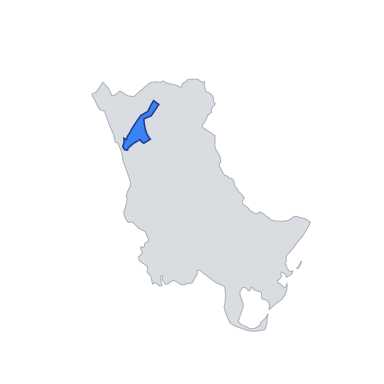 Sayat, Chardzhou, Turkmenistan (highlighted), rotated 214°
{"feature_id": "10190150B84447090793547", "entity_name": "Sayat", "entity_type": "district", "adm_level": 2, "iso_a3": "TKM", "parent_name": "Turkmenistan", "parent_adm1": "Chardzhou", "projection": "equal_earth", "projection_center": [63.688, 37.927], "detail": "fine", "context": "in_parent", "style": "filled", "palette": "blue", "viewbox_px": 384, "rotation_deg": 214, "n_neighbors": 0, "source": "geoboundaries", "source_scale": "gbopen_adm2", "svg_char_len": 4464}
<svg xmlns="http://www.w3.org/2000/svg" viewBox="0 0 384 384"><g transform="rotate(214 192 192)"><path d="M121.6,130.2L137.0,131.1L141.7,131.7L143.7,129.5L143.6,129.0L142.9,128.5L141.8,127.0L141.1,116.7L142.5,115.2L144.1,114.2L146.5,110.9L147.7,110.0L149.5,109.1L155.3,108.9L157.8,108.3L160.0,104.6L160.5,102.5L162.2,100.8L163.1,100.8L167.0,102.3L167.9,103.0L169.1,105.7L170.6,105.5L170.9,105.1L170.7,104.5L169.6,102.8L167.2,99.8L164.8,97.9L164.6,97.3L166.8,95.8L170.9,96.4L172.0,95.9L173.2,93.5L178.6,98.9L179.6,99.5L184.0,100.2L184.7,100.9L186.1,104.1L187.6,104.9L189.5,105.5L197.3,105.6L199.7,107.7L200.1,108.3L199.6,109.8L199.4,112.6L198.8,113.7L199.1,114.2L201.9,115.4L203.5,117.3L203.7,118.1L203.2,118.6L201.9,118.3L201.2,119.2L201.2,120.6L202.1,122.1L202.4,123.3L201.0,126.3L200.9,127.6L201.3,128.3L208.4,132.8L209.5,132.9L216.4,132.1L217.6,132.6L223.6,133.6L225.3,133.5L226.5,132.0L227.6,131.5L228.6,131.4L231.4,132.3L234.4,134.3L236.4,136.1L237.4,137.7L240.1,146.5L241.9,150.2L244.0,152.0L245.5,155.5L246.7,163.1L247.5,164.7L250.8,167.7L267.5,180.1L272.6,185.7L280.4,191.0L283.3,190.4L289.5,196.1L293.4,198.3L298.5,201.8L309.2,209.6L311.4,209.9L314.0,208.8L316.2,209.5L320.3,211.5L324.6,214.5L328.2,215.6L329.3,216.9L329.4,217.6L327.4,221.4L327.1,226.3L327.4,232.9L326.4,233.0L319.2,231.2L312.3,227.1L310.7,228.4L309.9,229.8L308.2,235.5L299.0,235.8L293.6,238.6L288.6,257.2L287.6,259.4L284.5,262.5L279.2,265.5L278.4,266.7L278.2,267.8L277.5,268.1L274.6,268.1L263.4,272.2L260.9,272.2L259.9,272.5L259.5,273.3L260.7,277.0L259.7,278.1L259.0,279.9L258.4,283.2L251.0,288.3L249.4,288.8L246.5,288.4L244.9,288.9L243.3,290.5L242.6,290.0L242.2,288.4L241.4,287.3L236.9,283.2L231.6,283.9L229.6,283.5L228.0,282.9L225.6,280.5L224.1,278.3L222.4,278.6L222.0,277.5L221.9,276.3L222.4,274.8L222.3,272.0L221.4,270.0L220.3,269.1L221.6,265.8L221.6,263.4L220.9,260.8L220.6,257.0L220.8,253.3L219.9,251.5L204.3,251.6L198.9,243.0L196.7,241.0L189.0,237.4L186.9,235.4L185.2,233.3L184.8,230.4L184.0,228.6L182.8,228.4L176.9,225.0L174.5,224.1L171.2,225.0L169.2,224.0L166.9,225.3L165.9,225.4L163.5,224.6L160.5,221.5L158.0,220.3L152.7,218.3L149.0,217.7L145.7,216.5L145.3,216.1L145.3,213.5L144.9,212.4L144.0,211.2L142.7,210.2L137.0,210.3L134.4,209.3L132.4,209.1L127.8,209.3L126.3,210.0L125.5,210.9L124.9,213.4L124.3,213.7L120.0,213.8L110.6,213.2L106.7,214.5L100.5,218.4L96.9,221.6L95.8,223.1L93.5,228.9L92.6,229.7L91.4,230.4L90.2,230.5L84.5,232.8L82.4,233.3L76.9,233.0L75.9,224.5L75.7,217.7L76.7,208.4L76.7,202.4L78.0,193.4L77.8,191.1L75.1,187.2L74.9,184.4L73.2,184.2L70.5,181.9L67.8,181.0L66.4,181.0L65.2,181.6L64.2,183.0L63.6,180.9L63.8,178.7L66.2,174.1L67.5,175.4L69.1,176.0L73.3,175.7L73.0,174.1L70.9,172.6L70.6,170.5L70.8,168.4L71.5,166.4L70.9,165.5L69.9,165.0L67.6,165.1L61.8,164.3L61.0,166.7L62.5,169.8L59.9,166.3L58.3,162.6L57.4,158.4L57.4,153.8L60.0,146.5L62.3,137.5L64.4,141.3L66.0,142.9L69.6,144.0L71.3,143.7L73.3,142.7L75.1,143.1L77.8,147.0L79.9,147.4L84.2,145.9L86.2,145.6L88.0,146.3L89.8,146.3L89.1,144.4L88.8,142.7L89.9,141.7L93.3,142.7L96.0,141.7L96.5,141.2L96.8,139.7L96.6,136.6L96.0,135.3L94.5,133.5L88.8,129.2L86.8,127.5L85.3,125.2L83.0,116.4L81.2,110.8L80.4,110.1L77.0,109.6L70.3,111.0L68.0,110.7L66.9,111.3L64.1,113.7L62.8,115.7L60.8,120.4L62.0,121.9L60.5,129.7L61.0,133.1L60.7,133.3L59.0,129.1L56.5,125.0L54.6,118.6L58.8,114.5L62.3,111.5L66.0,109.3L69.8,107.9L78.3,105.6L83.0,104.8L86.8,104.6L89.6,106.0L97.2,111.1L100.5,114.0L101.4,115.1L102.2,117.9L107.6,126.8L108.9,128.1L111.0,130.9L113.1,131.8L121.6,130.2ZM62.7,194.9L62.4,196.2L61.5,192.5L61.2,188.5L61.9,187.3L62.7,187.4L61.9,188.9L62.7,194.9Z" fill="#d9dde1" stroke="#a8b0b8" stroke-width="1"/><path d="M277.5,197.1L276.5,195.9L275.4,193.1L275.2,191.8L274.7,190.8L271.6,189.4L271.6,189.5L270.3,189.8L268.8,190.7L269.4,191.5L269.4,191.9L269.4,192.4L269.3,193.6L268.8,195.3L267.6,199.7L264.4,206.4L264.1,206.2L263.2,205.9L261.6,205.4L259.2,205.5L257.0,210.3L256.9,210.4L256.0,212.5L257.4,212.8L258.9,213.5L262.1,215.1L262.6,215.4L264.0,216.5L264.8,217.2L267.2,219.2L268.0,220.1L270.4,222.7L272.7,225.5L272.8,225.6L268.4,232.5L268.4,240.2L268.5,246.1L270.9,245.9L271.3,246.1L273.2,246.3L275.0,246.3L274.7,241.6L273.7,233.9L274.8,231.7L277.3,226.7L277.4,216.6L277.3,213.0L277.2,211.0L277.1,209.9L276.7,206.3L276.7,206.2L276.7,202.1L276.1,200.4L275.6,199.1L275.9,198.3L276.9,198.6L277.1,198.6L278.1,198.6L278.3,198.6L278.6,198.5L278.4,198.3L277.5,197.1Z" fill="#3b82f6" stroke="#1e3a8a" stroke-width="1.5"/></g></svg>